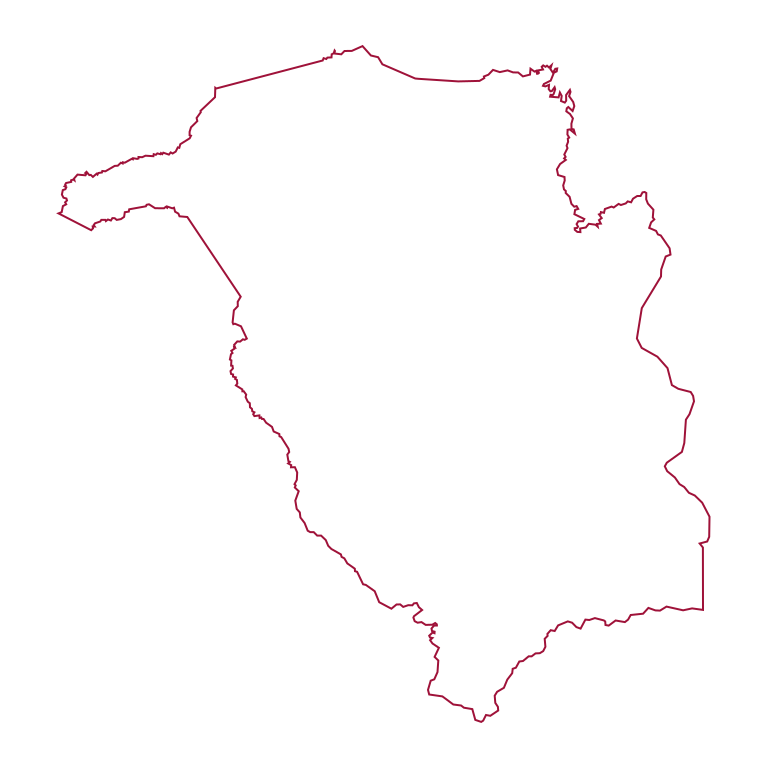 Kasempa, North-Western, Zambia (Mercator projection)
{"feature_id": "96606910B75049689384444", "entity_name": "Kasempa", "entity_type": "district", "adm_level": 2, "iso_a3": "ZMB", "parent_name": "Zambia", "parent_adm1": "North-Western", "projection": "mercator", "projection_center": [25.871, -13.795], "detail": "fine", "context": "isolated", "style": "outline", "palette": "rose", "viewbox_px": 768, "rotation_deg": 0, "n_neighbors": 0, "source": "geoboundaries", "source_scale": "gbopen_adm2", "svg_char_len": 6012}
<svg xmlns="http://www.w3.org/2000/svg" viewBox="0 0 768 768"><path d="M215.3,87.8L215.0,97.2L200.5,110.9L200.8,112.2L196.6,118.0L197.3,121.1L191.0,127.3L189.6,131.8L189.6,135.2L191.0,135.7L189.7,138.3L180.3,144.2L179.3,147.8L177.8,147.4L175.7,151.6L172.6,153.5L170.7,152.4L168.9,154.6L163.3,152.7L162.3,154.1L161.0,153.1L160.5,154.2L157.3,153.4L155.9,154.8L153.7,154.2L153.4,156.2L145.5,155.7L142.2,157.2L138.5,157.0L138.5,158.5L137.2,158.9L133.1,158.2L132.9,159.3L131.8,158.8L124.8,162.7L122.9,162.3L122.7,163.5L120.9,162.7L117.8,165.7L114.7,165.9L105.4,171.3L102.3,171.0L101.9,172.5L98.3,173.0L97.5,174.6L96.6,173.7L92.9,176.9L90.8,174.9L89.3,175.1L86.5,171.8L85.3,173.0L86.5,173.6L85.5,175.3L77.5,174.6L74.0,178.6L74.4,180.3L73.3,179.5L71.1,180.3L71.2,181.9L66.1,183.0L65.2,184.5L65.7,185.5L64.6,186.3L66.3,187.3L65.4,189.2L62.8,190.1L61.9,194.6L63.5,197.7L66.4,198.5L67.0,200.5L65.1,202.3L66.2,204.3L62.9,206.1L61.7,212.1L58.5,213.4L91.2,230.2L93.0,228.4L92.7,226.5L94.7,226.5L93.7,225.1L95.0,223.3L100.3,221.5L101.3,219.9L105.4,219.9L105.9,221.1L107.9,219.5L110.9,220.5L112.4,218.1L114.7,218.2L116.7,219.9L120.9,219.1L124.1,216.9L124.8,212.2L128.8,211.6L129.2,209.3L145.9,206.3L146.6,204.8L149.0,204.3L155.1,208.2L164.0,208.3L165.7,206.9L167.0,207.7L167.1,206.5L172.3,208.3L174.0,207.7L175.1,211.7L178.4,213.6L179.5,216.3L187.3,217.0L240.7,296.7L237.7,301.8L237.8,306.2L233.9,310.3L232.6,322.4L233.3,324.2L234.9,323.7L241.0,326.3L246.8,338.6L244.7,339.8L242.9,339.3L240.1,341.6L237.3,341.4L234.1,344.9L235.1,347.5L234.1,347.2L234.4,348.7L231.3,350.8L232.5,353.0L231.0,354.2L229.9,359.5L231.4,360.4L231.1,365.6L232.5,365.8L232.9,368.5L230.5,371.1L231.1,374.0L233.1,374.5L233.0,376.6L235.8,377.4L235.1,378.9L236.9,379.9L237.3,383.6L235.9,385.4L242.3,389.4L242.4,391.3L243.7,391.2L246.2,394.6L245.6,397.1L247.8,401.7L249.8,403.2L250.0,407.3L251.9,408.8L252.3,411.3L254.4,412.3L253.2,414.2L254.4,416.1L259.4,415.4L259.6,418.0L261.3,417.5L261.8,418.9L263.6,419.0L266.1,422.7L272.0,426.9L273.7,431.5L279.3,434.0L279.5,436.3L281.2,437.1L288.5,448.7L289.2,452.0L287.3,454.6L288.4,461.1L289.8,461.9L288.1,463.4L291.2,465.1L291.0,467.3L294.9,467.2L297.2,472.5L296.8,479.9L294.5,484.2L295.7,485.4L294.8,487.5L298.7,491.2L295.3,500.6L296.7,508.9L299.8,512.4L300.4,517.5L304.6,523.0L307.7,530.7L310.2,532.1L313.7,532.1L317.2,535.6L321.1,535.6L325.8,540.1L328.2,545.8L331.4,549.0L340.9,554.4L341.6,556.9L344.3,558.3L347.3,563.4L354.8,568.7L355.0,571.2L357.1,571.8L363.1,584.3L365.8,584.9L374.7,591.2L379.2,602.2L391.4,608.7L396.5,604.5L400.2,604.4L403.2,606.9L408.2,605.2L412.4,605.3L413.9,603.4L416.8,603.0L418.9,607.2L422.1,610.0L414.0,616.2L413.4,617.6L414.7,621.2L417.6,622.7L421.5,622.1L425.7,624.9L432.3,624.7L435.2,623.0L436.8,624.3L436.9,625.5L434.0,625.6L431.5,628.5L432.0,631.0L434.6,631.7L434.5,633.2L432.6,632.5L429.2,635.7L430.0,637.5L432.4,638.0L430.1,640.2L432.5,643.5L438.9,647.8L434.6,656.9L438.3,660.5L437.5,672.1L434.3,679.3L430.7,680.7L428.0,689.9L429.2,694.5L442.4,696.4L453.3,704.5L461.1,705.5L463.9,707.7L472.3,709.1L475.3,719.9L481.2,721.9L483.2,720.6L486.0,715.0L490.3,715.8L498.2,710.5L497.9,706.8L495.3,702.9L494.7,695.7L497.1,691.8L503.9,687.8L507.3,679.6L512.2,673.2L512.7,668.8L515.9,667.7L519.3,661.5L523.0,661.0L528.7,656.3L531.7,656.3L535.5,653.4L539.8,653.2L543.2,651.1L545.4,646.8L544.7,638.8L547.6,635.9L547.4,633.9L550.7,630.2L554.7,631.0L558.1,625.4L567.8,621.4L572.1,622.7L576.4,627.1L580.6,628.6L585.4,619.6L589.3,620.0L594.9,618.1L603.8,620.4L605.2,621.4L605.5,625.0L608.7,625.6L615.6,620.5L624.9,622.1L628.1,619.6L630.7,615.0L643.1,613.7L648.4,607.9L655.4,610.4L660.0,610.6L666.5,606.6L683.1,610.3L692.1,608.4L703.0,609.9L702.9,547.5L699.7,543.5L707.2,541.5L709.2,536.8L709.5,516.7L702.2,502.7L694.8,495.5L688.9,492.8L684.2,487.0L679.5,484.1L674.9,477.5L667.2,471.2L664.8,466.3L666.8,462.7L681.9,451.9L684.3,443.0L685.9,419.7L689.5,414.2L694.0,401.3L693.1,395.9L690.7,392.0L678.3,388.8L671.9,385.1L667.5,368.1L657.4,356.7L641.7,347.9L636.9,338.5L641.8,308.1L661.0,276.5L661.2,269.5L665.7,256.5L670.5,254.6L669.6,248.3L660.8,235.5L657.9,234.4L656.1,230.9L649.2,227.9L651.1,222.4L654.3,219.4L652.8,217.5L653.4,209.7L647.9,203.6L646.2,199.3L646.3,193.0L644.6,192.0L642.5,192.4L640.6,196.0L637.2,196.0L633.0,198.7L631.1,202.3L627.7,201.4L625.8,203.4L620.9,205.0L618.6,203.9L613.7,207.5L611.6,206.6L604.9,209.0L604.0,212.8L600.9,212.1L600.6,213.8L599.0,214.4L601.7,218.1L599.0,220.1L600.8,223.6L597.1,223.9L597.7,226.7L595.5,224.7L588.8,223.8L585.8,227.5L580.1,228.5L580.4,232.1L577.3,231.9L574.8,229.8L574.7,228.2L577.2,227.9L578.0,226.6L576.6,224.1L578.3,221.3L583.1,221.2L584.3,219.0L574.4,214.2L575.1,209.9L578.2,208.9L576.6,206.1L574.2,206.7L571.4,203.8L569.6,196.8L565.7,193.0L565.8,191.0L564.0,189.4L563.2,185.4L564.7,180.5L564.5,177.0L558.1,175.1L556.9,169.3L560.1,164.0L565.8,159.9L564.1,158.4L565.6,156.9L564.3,154.5L567.5,148.1L566.6,145.7L568.1,141.8L567.8,138.6L569.2,137.6L567.4,134.5L567.6,129.8L569.8,129.4L574.9,133.6L573.7,129.4L571.5,128.9L571.4,123.7L572.9,118.4L570.0,114.0L566.3,111.3L566.8,108.3L568.3,107.0L572.6,111.0L574.3,106.1L573.2,102.0L569.1,96.1L570.5,91.9L569.9,89.9L566.1,95.0L566.2,100.7L564.8,102.6L561.0,101.0L561.7,95.9L559.9,92.5L558.6,97.4L550.1,96.7L550.6,94.8L552.8,95.0L553.7,93.9L555.2,89.2L554.6,87.2L551.8,91.1L550.4,91.3L548.7,89.1L549.0,84.9L545.4,86.4L543.0,85.8L543.9,84.0L550.7,80.6L553.9,72.7L556.7,71.4L557.2,68.5L555.3,68.8L552.9,72.7L550.4,69.0L551.5,65.2L549.0,67.5L547.0,65.7L545.5,66.8L543.2,65.4L541.7,66.8L543.0,69.5L538.0,70.4L538.9,72.9L538.1,73.6L537.1,73.8L536.2,70.8L534.5,71.6L530.5,68.7L530.0,74.6L522.9,76.4L518.2,72.5L513.1,72.4L507.6,70.4L499.8,72.1L493.0,69.9L488.4,74.7L483.9,76.5L484.3,78.1L479.5,80.9L458.2,81.4L418.3,78.8L415.2,78.5L382.4,64.3L378.1,57.2L370.9,55.5L362.5,46.1L351.8,50.9L344.5,51.0L341.3,54.3L334.2,53.5L334.9,51.3L334.9,50.9L334.6,50.5L333.7,53.3L331.7,54.3L331.5,57.4L327.4,57.6L326.3,59.0L323.6,58.2L322.7,60.5L216.2,88.5L215.3,87.8Z" fill="none" stroke="#9f1239" stroke-width="2"/></svg>